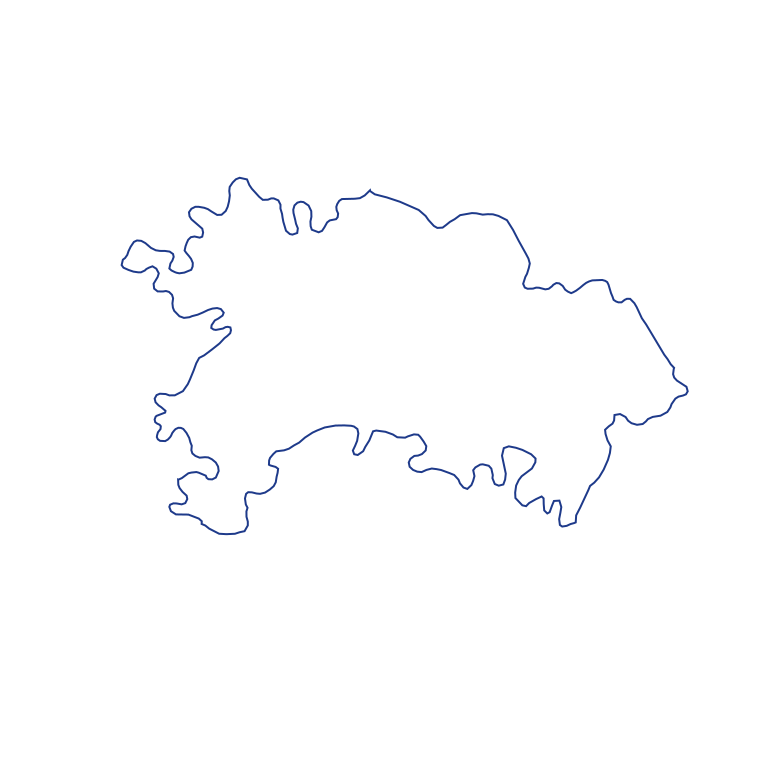 the district of Uzda, Minsk, Belarus, rotated 200°
{"feature_id": "67162791B57084664446232", "entity_name": "Uzda", "entity_type": "district", "adm_level": 2, "iso_a3": "BLR", "parent_name": "Belarus", "parent_adm1": "Minsk", "projection": "mercator", "projection_center": [27.363, 53.476], "detail": "fine", "context": "isolated", "style": "outline", "palette": "blue", "viewbox_px": 768, "rotation_deg": 200, "n_neighbors": 0, "source": "geoboundaries", "source_scale": "gbopen_adm2", "svg_char_len": 6162}
<svg xmlns="http://www.w3.org/2000/svg" viewBox="0 0 768 768"><g transform="rotate(200 384 384)"><path d="M156.5,319.5L158.5,326.3L157.4,334.8L155.7,354.2L155.5,358.7L152.7,363.2L150.0,369.8L148.3,378.7L147.6,389.3L148.1,396.4L149.6,403.0L154.7,407.5L158.7,412.8L160.6,416.6L158.3,421.1L155.7,424.9L155.3,428.4L156.8,433.7L151.9,436.5L145.7,435.6L142.1,433.0L138.0,431.8L132.3,432.2L127.2,434.9L125.1,438.4L124.0,441.3L120.2,445.0L113.3,448.8L108.2,454.6L106.9,459.9L106.9,463.5L105.2,469.9L102.9,472.9L99.1,475.4L96.7,477.6L96.1,481.0L98.8,484.8L109.9,487.4L113.5,489.3L115.7,492.1L116.9,497.4L116.9,498.4L121.3,500.6L126.1,504.4L130.7,507.4L157.9,529.5L164.2,534.0L172.9,542.7L176.4,545.6L181.8,548.2L184.8,547.2L186.6,545.4L188.7,542.0L191.6,540.9L194.1,540.9L197.0,541.6L199.2,544.3L201.8,547.1L203.8,549.8L207.0,554.1L209.1,556.1L211.5,556.6L214.5,556.4L223.7,552.6L226.3,550.6L228.6,548.2L230.5,545.3L232.8,541.3L235.4,537.4L237.5,535.0L239.2,533.4L242.8,533.7L246.0,534.6L249.6,537.3L253.7,538.5L256.6,537.8L258.8,535.2L259.6,533.2L261.8,529.8L264.8,528.1L271.2,527.5L274.0,526.6L276.6,524.6L281.7,522.6L284.7,522.8L287.5,525.7L287.8,533.0L287.3,536.5L287.6,542.6L288.2,547.1L291.2,551.3L295.3,555.0L306.6,564.8L315.4,572.9L324.5,580.0L333.9,581.1L339.7,580.7L344.7,579.0L349.2,576.9L355.5,576.0L359.8,574.7L370.2,568.7L374.0,563.0L377.5,558.9L380.0,554.7L382.4,551.0L387.3,548.9L391.2,549.6L398.3,553.3L402.3,556.1L410.9,559.4L431.3,560.7L445.1,560.3L457.5,559.1L463.0,560.5L463.4,561.2L466.6,554.6L470.2,550.4L474.8,548.1L486.8,543.4L488.7,540.8L489.5,537.1L489.4,534.1L487.9,531.1L485.4,528.5L484.6,524.9L485.4,522.5L490.9,519.2L492.7,516.4L493.6,510.8L494.6,506.7L497.3,504.2L504.6,504.3L506.9,507.2L508.7,511.5L509.4,516.3L511.5,521.6L515.9,525.9L521.8,527.4L524.6,526.8L527.4,524.8L529.2,521.2L528.9,516.8L527.5,513.7L523.6,507.9L521.5,504.5L518.2,500.8L517.2,496.2L521.1,493.1L523.8,492.7L528.5,494.5L534.0,501.9L536.2,505.6L538.0,509.0L541.3,513.4L542.6,517.1L546.1,520.4L551.1,520.7L553.5,519.8L556.1,517.5L560.9,515.6L565.3,517.2L575.0,522.3L578.6,524.9L582.7,529.4L590.2,528.4L593.2,525.7L595.1,521.6L596.4,516.4L595.4,512.4L593.4,508.5L592.1,502.7L591.5,497.1L591.9,492.4L594.5,487.5L598.6,485.8L605.2,487.1L609.3,488.1L613.2,488.1L618.9,487.1L621.9,486.0L624.9,482.8L626.0,478.7L624.1,475.1L621.3,472.9L607.9,467.8L605.8,464.5L605.2,460.3L607.2,458.5L612.5,457.8L615.7,455.9L617.3,452.6L617.6,449.2L617.6,445.5L617.0,441.2L614.7,439.6L611.0,437.5L608.1,435.6L605.1,432.4L604.0,428.9L604.2,425.4L609.7,420.4L614.2,418.0L617.0,417.6L618.7,417.6L622.5,418.0L625.2,419.1L625.9,424.2L625.1,427.5L625.1,431.5L626.7,434.0L630.7,435.1L635.4,434.1L640.2,432.4L644.2,431.6L649.5,432.2L656.5,434.8L661.0,435.5L665.2,434.4L667.6,432.0L669.0,426.4L669.5,421.6L669.4,417.5L670.4,413.8L671.9,411.5L671.2,406.0L668.6,404.2L663.1,403.8L657.9,403.9L653.1,404.9L650.6,405.8L647.6,408.8L646.6,410.8L644.6,413.0L641.8,415.4L637.4,414.5L633.5,411.0L633.3,407.1L634.8,399.4L632.6,395.0L628.4,393.6L623.4,395.3L620.7,396.8L617.5,397.0L613.7,395.3L611.5,392.4L610.4,387.4L608.5,383.6L606.2,381.0L599.4,377.7L594.6,377.7L589.7,380.2L587.6,382.1L582.8,385.4L578.7,389.2L574.7,393.3L571.0,396.2L566.8,398.3L562.9,398.6L559.0,396.2L559.1,393.1L562.1,388.8L564.7,385.9L566.1,380.3L565.5,377.6L562.8,376.9L560.5,377.3L554.3,381.0L552.4,383.2L550.4,384.3L547.7,384.6L546.2,382.2L545.9,379.1L547.7,375.5L549.6,372.5L552.4,365.9L557.4,357.7L562.8,349.4L566.6,345.3L567.5,339.3L567.5,331.8L567.9,321.8L568.3,316.8L570.5,308.5L576.7,301.8L581.8,299.9L585.7,299.9L591.3,298.2L593.9,295.8L594.5,291.8L592.4,288.7L588.5,286.8L585.3,286.0L580.1,284.0L579.9,282.3L586.8,276.3L587.4,275.2L587.4,272.2L585.9,269.9L583.6,269.2L581.0,269.0L579.3,268.0L578.6,265.2L579.9,261.3L579.7,258.3L579.3,256.4L577.6,254.7L575.0,254.0L570.1,255.5L568.1,257.9L566.8,260.9L566.4,262.6L566.2,265.6L565.3,268.4L564.5,270.3L562.3,272.5L559.8,273.3L557.2,273.1L552.9,270.5L548.6,266.7L546.0,263.0L543.5,260.2L542.4,255.9L540.3,253.2L536.6,251.9L532.1,251.7L527.2,254.0L524.0,254.9L519.9,254.4L515.2,252.7L511.7,249.7L509.6,245.7L510.0,238.6L512.8,235.6L516.5,234.5L518.6,235.2L520.1,236.9L527.8,237.3L530.2,237.1L534.7,234.9L537.3,233.2L541.8,226.4L544.5,223.8L544.8,223.8L542.8,218.9L540.5,216.3L536.4,213.7L531.3,211.6L529.5,208.6L530.0,204.1L533.0,201.7L538.1,200.8L541.1,199.8L543.7,197.4L543.7,195.1L540.7,191.6L534.9,190.3L523.1,194.4L512.0,194.2L508.3,192.7L507.5,190.1L503.5,189.9L498.8,188.3L487.7,186.9L480.7,189.0L472.8,192.3L469.0,195.3L464.7,198.0L463.6,204.5L464.9,208.1L467.8,212.2L469.7,217.2L469.9,221.0L472.6,223.5L475.5,228.9L476.0,233.6L474.6,235.9L471.0,237.0L466.3,237.5L462.9,238.4L458.6,241.3L455.2,245.8L452.7,250.3L452.1,254.6L453.2,260.2L453.6,264.1L454.5,268.1L457.5,269.0L462.9,268.6L464.5,268.8L465.8,272.9L465.8,275.6L464.0,280.5L462.2,283.9L455.2,287.5L451.2,290.7L447.5,295.6L443.7,299.9L439.9,306.7L434.5,313.9L430.9,317.5L424.8,322.9L415.3,328.4L407.2,331.5L400.6,333.5L397.7,333.8L393.6,332.6L391.2,328.8L389.8,321.4L390.0,316.0L390.5,310.8L388.0,307.8L384.4,308.3L380.6,313.7L380.1,318.4L378.5,325.9L378.1,335.8L375.4,337.6L366.3,339.6L358.4,339.6L353.3,338.5L345.8,340.8L343.6,343.0L338.6,346.9L334.5,348.0L332.1,346.9L327.1,343.5L323.0,340.1L322.1,335.8L324.4,331.1L327.5,328.4L330.9,326.8L333.6,322.7L333.9,318.7L331.6,315.0L327.3,313.2L322.8,313.0L318.5,314.1L314.7,317.8L310.2,320.9L305.4,322.0L300.9,322.7L292.1,322.7L286.9,322.5L281.3,319.6L278.6,316.6L273.9,313.9L269.8,313.9L267.3,318.9L267.1,323.4L267.5,328.4L270.7,333.5L269.6,336.9L266.0,341.2L263.7,342.3L257.6,343.0L254.2,341.2L250.6,335.6L249.9,332.6L245.7,327.9L241.4,327.7L237.5,330.4L237.5,335.6L238.9,341.4L248.6,357.0L249.5,364.7L245.4,368.1L238.2,369.2L231.4,369.4L221.7,368.3L216.1,365.8L215.0,362.2L216.1,355.2L223.1,344.4L224.5,339.9L225.1,333.8L223.6,326.8L221.5,321.8L212.5,317.3L208.7,317.8L206.9,321.8L201.7,327.9L197.4,332.2L194.9,331.1L192.9,325.9L190.2,320.0L186.3,318.2L184.5,320.2L184.5,327.7L184.3,332.2L179.3,334.4L175.3,329.0L174.2,323.2L173.2,316.9L170.5,311.7L167.8,311.0L163.8,313.2L160.8,316.2L157.7,318.4L156.5,319.5Z" fill="none" stroke="#1e3a8a" stroke-width="2"/></g></svg>